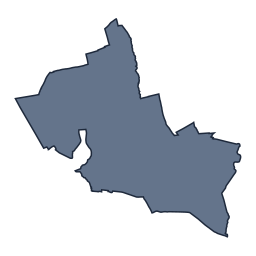 Holboca, Iasi, Romania
{"feature_id": "2599482B94460909484624", "entity_name": "Holboca", "entity_type": "district", "adm_level": 2, "iso_a3": "ROU", "parent_name": "Romania", "parent_adm1": "Iasi", "projection": "robinson", "projection_center": [27.678, 47.181], "detail": "fine", "context": "isolated", "style": "filled", "palette": "slate", "viewbox_px": 256, "rotation_deg": 0, "n_neighbors": 0, "source": "geoboundaries", "source_scale": "gbopen_adm2", "svg_char_len": 5711}
<svg xmlns="http://www.w3.org/2000/svg" viewBox="0 0 256 256"><path d="M129.5,36.8L129.4,36.8L129.2,35.9L127.1,32.2L126.1,31.0L124.5,28.8L121.9,25.4L121.0,25.5L119.7,25.5L118.1,25.9L117.1,21.7L116.5,19.4L116.3,19.0L116.2,18.9L115.0,19.6L112.2,21.7L111.2,22.3L110.1,23.4L108.9,25.0L107.4,26.6L104.8,28.8L107.4,37.6L108.4,41.6L108.9,43.2L109.5,44.9L104.8,46.5L105.0,46.7L105.2,46.9L105.1,47.2L97.9,50.1L97.9,50.7L91.5,52.6L86.0,54.1L86.2,55.2L87.2,59.1L87.9,62.8L88.0,64.3L84.7,65.2L84.1,65.5L83.5,65.7L78.9,66.7L76.8,67.1L76.3,67.0L72.6,67.6L69.1,68.5L67.6,68.7L66.4,68.9L65.8,68.9L62.3,69.4L58.5,70.4L58.1,70.3L53.6,71.5L53.8,71.9L51.9,72.6L51.0,72.7L50.1,72.4L48.9,73.8L47.8,75.3L47.1,76.3L46.0,78.3L45.5,79.4L44.8,81.3L43.8,83.3L43.5,84.0L41.8,86.9L41.1,88.2L41.3,88.3L40.2,90.2L40.1,90.6L40.1,90.8L39.7,91.7L38.9,93.9L38.8,94.6L35.8,95.2L15.4,98.6L20.1,107.4L35.3,133.5L43.7,148.2L46.8,147.0L48.3,149.0L48.4,149.3L48.4,149.6L48.7,149.5L50.6,147.8L52.2,146.7L53.9,146.0L54.4,146.3L55.3,147.5L55.8,148.4L56.0,149.3L55.5,149.8L59.3,152.8L70.2,158.2L71.4,158.3L72.1,158.2L72.4,157.8L72.5,157.5L72.4,155.2L72.4,154.3L72.7,152.8L72.6,151.6L74.3,150.7L75.2,149.2L75.7,148.6L76.6,147.6L79.3,144.0L80.5,142.1L80.6,141.7L80.8,140.5L80.6,139.4L80.3,138.4L79.8,136.8L78.9,133.2L78.8,131.8L78.9,129.9L85.2,129.5L85.8,129.4L86.2,130.9L86.4,132.4L86.5,133.2L86.2,136.2L85.9,139.1L85.9,140.2L86.1,142.2L86.5,143.6L87.5,145.1L88.4,146.6L89.2,147.7L90.2,148.7L91.1,150.5L91.4,152.2L91.3,155.5L90.4,157.1L89.9,158.1L89.5,158.7L88.0,159.7L87.7,159.9L87.4,161.7L86.6,162.9L86.0,163.6L84.8,164.6L82.7,165.1L82.3,165.3L81.9,166.0L81.2,166.6L81.0,167.0L80.8,167.7L80.8,168.1L80.6,168.7L75.2,170.8L75.7,171.5L76.5,171.8L79.0,171.8L79.6,171.7L79.8,171.8L80.3,172.0L80.8,172.9L81.6,173.9L81.7,174.2L81.6,174.7L81.9,175.5L81.9,175.9L82.0,176.0L82.9,176.6L84.0,177.7L84.3,177.8L85.0,177.7L85.2,177.8L86.4,179.6L86.8,179.8L87.3,180.3L87.4,180.9L87.5,181.0L89.2,182.3L89.4,182.6L90.3,185.2L90.8,186.9L90.9,187.2L91.3,187.2L91.1,188.4L91.6,188.4L91.4,190.4L91.5,190.8L92.5,190.8L92.5,191.2L97.8,191.6L98.1,191.8L99.0,191.4L100.6,191.5L101.6,191.8L101.7,189.8L108.2,190.6L108.1,191.5L109.0,191.6L110.1,192.2L111.2,192.6L112.1,192.4L112.8,191.1L121.3,192.0L122.2,192.2L123.1,192.4L136.5,197.0L138.2,197.1L141.5,196.9L141.9,197.0L143.4,196.9L143.8,198.1L144.3,199.2L145.2,200.2L147.1,203.4L148.9,206.9L149.9,208.4L151.2,210.9L152.0,212.9L152.9,212.7L155.5,211.4L156.2,211.2L156.8,211.1L157.5,211.2L160.4,212.1L161.7,212.1L164.0,211.7L165.8,211.7L167.2,211.9L168.9,211.7L179.6,211.9L185.7,212.1L188.1,212.3L189.5,212.5L189.9,212.7L198.4,219.1L204.9,224.8L214.3,231.8L216.7,232.8L217.2,233.3L223.6,235.4L225.0,235.7L227.9,237.1L227.4,236.7L227.3,236.3L227.5,235.3L227.3,234.5L226.9,234.2L225.6,233.9L225.3,233.6L225.3,233.2L225.9,232.3L226.0,231.9L226.1,229.3L226.5,227.4L226.9,226.3L226.8,225.1L227.4,223.2L227.7,222.7L227.8,222.3L227.4,221.2L227.5,220.6L228.4,218.8L228.9,218.2L229.1,217.4L229.1,216.4L229.1,216.2L228.5,215.5L228.3,215.1L228.2,214.3L227.9,213.6L227.0,212.2L226.1,208.9L223.9,200.1L223.1,197.6L221.9,193.9L221.8,193.5L221.9,193.1L222.2,192.6L224.7,189.2L225.3,188.4L225.6,187.8L225.8,186.6L226.5,185.3L229.2,181.5L234.0,174.5L235.4,172.6L235.8,171.6L235.9,170.7L235.8,170.4L235.4,169.9L234.2,168.9L234.2,168.5L234.5,167.6L234.3,166.8L233.8,165.7L233.6,164.4L233.7,163.7L233.8,163.2L234.0,162.7L234.4,162.4L234.8,162.1L235.2,162.0L237.9,162.1L238.7,161.9L239.3,161.6L239.5,161.2L239.7,160.7L240.5,158.2L240.6,157.8L240.6,156.2L240.2,155.2L239.4,154.7L238.3,154.3L237.9,154.0L237.1,152.6L237.1,152.0L237.2,151.6L238.1,149.5L238.7,147.5L239.3,146.6L239.9,146.2L239.9,145.4L239.7,144.5L239.5,144.1L239.1,143.8L238.6,143.7L238.2,143.6L236.8,144.0L236.2,144.0L227.3,141.9L217.0,139.3L214.5,138.9L213.7,139.0L212.6,138.7L213.2,137.6L211.4,137.2L211.6,136.8L211.1,136.7L211.9,135.8L212.1,135.5L212.1,134.8L214.1,133.0L209.1,133.5L209.1,133.0L198.9,133.7L198.2,132.7L197.9,131.7L197.2,130.7L196.9,129.7L196.3,128.8L196.0,128.1L195.6,127.6L194.8,127.0L194.5,126.7L193.7,122.4L192.9,123.0L182.8,128.8L176.2,132.3L178.1,135.0L176.1,135.3L174.3,135.5L173.7,134.6L172.3,133.2L171.4,131.6L170.5,130.4L170.2,129.8L169.6,129.0L169.5,128.6L169.3,128.3L168.7,127.6L167.3,126.0L166.2,124.5L166.1,124.1L165.9,123.5L165.7,122.1L164.1,118.1L163.2,115.3L162.8,113.9L162.0,109.9L161.6,107.1L161.4,106.6L160.3,101.1L159.9,100.0L158.8,94.0L148.7,96.4L148.8,96.6L141.1,98.4L140.9,98.6L140.6,98.1L140.3,97.9L140.2,97.3L140.1,97.2L140.4,96.4L140.2,96.1L140.2,95.7L140.2,95.2L140.1,94.9L140.3,94.5L139.8,94.0L139.5,93.9L139.4,93.6L139.2,93.2L139.3,92.9L139.3,92.0L139.7,91.4L139.4,91.1L139.0,90.4L138.8,90.1L138.9,89.2L138.7,88.4L138.5,88.1L138.4,87.5L138.2,87.3L138.0,86.7L138.0,86.2L138.0,85.5L138.3,84.7L138.2,84.4L138.2,83.7L138.6,83.4L138.4,83.2L138.5,82.7L138.9,82.6L139.0,82.4L138.9,81.8L139.2,81.2L139.2,80.5L139.2,79.9L139.0,78.9L139.0,78.6L139.0,78.3L139.2,77.6L138.7,76.2L138.6,75.4L138.3,75.0L138.1,74.2L137.8,73.9L136.8,72.7L136.6,72.4L136.5,72.0L135.5,70.9L135.7,70.2L135.9,69.7L136.3,69.4L136.8,68.7L137.0,68.5L137.0,68.1L137.0,67.4L136.9,67.1L136.6,66.8L136.3,66.7L135.8,66.2L136.8,65.5L136.9,64.9L136.6,64.3L136.7,63.5L136.8,63.1L136.0,61.9L136.1,61.3L135.8,61.0L135.5,60.8L135.2,60.2L135.1,59.6L135.4,58.9L135.5,58.5L135.2,57.1L135.4,56.5L135.1,55.9L134.0,54.8L133.8,54.1L133.9,53.0L133.0,52.0L132.7,51.0L132.5,50.5L132.5,50.3L132.6,49.7L132.4,49.3L132.4,48.8L132.5,48.6L132.4,48.4L132.4,48.2L131.9,47.1L131.9,46.7L132.2,46.2L132.2,45.7L131.9,45.2L131.7,44.4L131.5,44.0L131.2,42.4L131.2,41.6L131.3,41.3L130.8,40.3L130.8,40.0L131.1,39.6L131.1,39.0L130.8,38.6L130.8,38.3L129.5,36.8Z" fill="#64748b" stroke="#1e293b" stroke-width="1.5"/></svg>